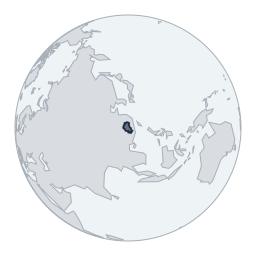 globe centered on Jiangxi, rotated 304°
{"feature_id": "CHN-1817", "entity_name": "Jiangxi", "entity_type": "Province", "adm_level": 1, "iso_a3": "CHN", "parent_name": "China", "parent_adm1": "", "projection": "orthographic", "projection_center": [115.66, 27.278], "detail": "fine", "context": "on_globe", "style": "filled", "palette": "slate", "viewbox_px": 256, "rotation_deg": 304, "n_neighbors": 0, "source": "natural_earth", "source_scale": "10m", "svg_char_len": 13258}
<svg xmlns="http://www.w3.org/2000/svg" viewBox="0 0 256 256"><g transform="rotate(304 128 128)"><circle cx="128" cy="128" r="113" fill="#eef3f6" stroke="#a8b0b8"/><path d="M225.6,177.2L225.4,177.8L225.3,178.0L225.6,177.2ZM198.3,40.0L193.3,36.4L193.2,36.2L191.0,34.7L190.9,35.0L191.4,35.6L183.8,33.5L182.4,37.4L185.7,40.8L182.0,38.6L190.8,47.1L192.5,52.0L188.3,45.1L186.1,43.5L186.0,46.0L183.8,45.0L182.4,45.7L179.7,44.3L177.5,40.8L175.7,39.9L175.8,41.8L173.1,41.8L173.2,39.1L168.6,39.0L164.0,33.8L166.6,28.9L161.8,26.0L158.4,21.4L156.4,21.2L153.8,19.8L150.6,19.0L150.9,18.7L148.1,18.5L148.4,19.0L147.3,19.1L145.4,18.9L145.4,18.2L146.4,18.3L145.4,18.0L146.3,17.9L144.8,17.8L145.1,17.3L142.0,17.4L139.9,16.8L140.8,16.6L144.4,17.0L155.3,18.8L157.1,19.2L166.0,22.0L174.6,25.5L182.9,29.7L190.9,34.5L198.3,40.0ZM140.5,16.1L136.6,15.7L140.5,16.1ZM234.5,96.7L233.6,94.6L234.2,95.0L234.5,96.7ZM233.1,94.0L233.4,94.6L233.1,94.2L233.1,94.0ZM232.9,94.2L233.0,94.1L232.9,94.5L232.9,94.2ZM232.7,94.8L232.8,94.4L232.8,94.5L232.7,94.8ZM232.1,95.0L231.9,94.9L231.9,94.3L232.1,95.0ZM192.0,36.1L191.2,35.2L192.1,35.5L193.1,36.3L192.0,36.1ZM190.0,36.2L189.0,35.3L191.5,36.5L191.3,36.6L190.0,36.2ZM188.6,43.8L188.3,42.4L189.4,44.1L188.6,43.8ZM182.7,46.1L183.5,46.9L182.5,46.9L182.7,46.1ZM142.4,16.3L142.6,16.3L141.5,16.2L141.9,16.2L142.4,16.3ZM143.5,16.5L144.9,16.6L145.5,16.8L144.6,16.6L143.5,16.5ZM177.4,45.0L175.5,45.0L177.0,44.3L177.4,45.0ZM141.5,16.2L146.4,16.9L147.5,17.2L145.0,17.0L141.5,16.2ZM174.1,44.6L169.6,45.1L170.9,46.7L164.4,42.6L170.5,43.4L172.2,42.2L172.5,43.6L174.1,44.6ZM149.3,19.3L148.9,18.7L151.0,19.5L149.3,19.3ZM151.0,19.8L159.1,22.4L158.8,23.3L156.2,22.1L157.2,23.7L153.1,22.7L151.6,21.7L152.6,21.3L150.2,21.3L151.0,19.8ZM161.6,40.4L160.2,40.1L161.2,39.7L161.6,40.4ZM147.0,19.3L148.6,19.6L148.5,20.4L145.2,19.8L146.3,19.7L147.0,19.3ZM159.5,24.6L158.8,25.2L155.3,24.6L154.6,24.8L153.0,22.8L159.5,24.6ZM145.4,19.4L143.5,19.5L141.8,19.0L145.3,19.0L145.4,19.4ZM149.9,20.8L149.7,21.2L148.7,20.8L149.9,20.8ZM134.9,17.4L136.9,17.6L137.0,18.0L134.9,17.4ZM142.9,19.6L143.5,19.8L143.7,20.0L142.2,20.0L142.9,19.6ZM150.6,22.6L149.3,22.3L151.1,23.3L148.5,23.1L147.9,21.9L147.1,22.3L146.3,22.2L146.7,21.4L150.6,22.6ZM141.4,20.7L139.8,19.4L136.0,18.8L135.8,18.4L141.9,19.5L141.4,20.7ZM144.5,21.1L142.5,20.8L143.3,20.4L145.0,20.4L144.5,21.1ZM147.0,23.4L151.1,24.1L151.0,24.3L147.0,23.4ZM140.2,20.6L140.6,20.9L139.8,20.6L140.2,20.6ZM144.7,22.6L146.2,22.7L146.1,23.0L144.7,22.6ZM140.2,21.5L139.7,21.1L140.9,21.0L140.2,21.5ZM142.2,22.1L141.8,22.4L141.6,21.3L142.8,22.1L142.2,22.1ZM144.4,22.8L144.9,23.0L143.8,22.7L144.4,22.8ZM136.1,22.1L135.6,20.7L138.3,20.6L138.3,21.9L136.1,22.1ZM44.1,52.9L42.0,55.8L40.8,57.5L37.7,61.0L31.4,72.4L33.6,70.6L31.5,79.1L32.4,82.7L39.1,75.8L37.7,69.7L41.0,64.7L45.1,66.2L46.9,72.2L48.3,70.5L50.2,63.9L53.7,62.6L51.2,61.4L49.9,63.8L48.3,63.3L49.4,61.1L50.6,60.6L50.9,58.4L45.1,61.6L43.2,64.4L42.2,61.2L38.9,65.7L37.5,66.3L42.5,59.0L44.4,57.3L51.3,48.5L49.2,50.0L42.6,58.5L43.3,57.1L40.5,59.6L43.1,56.6L50.9,47.3L52.0,45.2L49.8,46.9L57.3,40.3L55.9,41.5L58.2,39.8L63.8,35.6L61.9,37.2L63.5,36.1L62.2,37.5L64.8,36.9L64.2,38.2L69.5,35.7L69.9,36.2L66.6,37.5L64.0,39.3L62.8,43.4L63.9,43.5L67.5,41.7L66.7,43.3L70.3,40.9L71.8,42.8L73.1,38.8L77.3,37.0L80.6,37.1L82.2,35.9L76.9,35.8L74.6,36.5L72.2,38.1L66.1,40.0L65.5,39.2L72.8,34.8L72.8,33.4L78.5,31.1L89.4,32.0L91.7,34.0L86.4,40.8L83.3,41.2L83.7,38.8L79.3,42.6L81.6,41.5L81.0,43.0L84.9,42.0L84.6,43.1L88.8,40.6L88.9,41.7L86.3,43.3L92.1,43.4L93.6,45.8L95.0,45.3L96.2,44.2L97.2,48.2L98.2,47.7L98.3,46.2L100.4,44.3L104.5,42.8L104.6,44.2L103.1,45.0L100.3,49.0L96.4,51.1L96.8,51.6L100.3,50.2L103.8,45.2L106.2,43.8L105.0,46.2L105.6,45.2L106.8,45.0L108.2,46.3L109.7,43.8L123.3,41.0L127.3,43.5L124.7,45.7L134.3,46.3L138.0,49.8L138.0,48.3L142.7,48.0L141.6,46.9L141.9,46.2L153.3,45.7L156.1,47.0L161.1,45.8L161.1,45.1L159.3,44.0L164.4,42.6L170.9,46.7L170.5,48.0L174.9,50.0L173.4,52.9L174.1,56.4L169.9,58.8L170.9,61.6L172.5,62.1L175.0,66.6L174.6,74.6L167.9,65.9L167.1,54.8L166.8,58.9L164.8,57.5L163.4,58.7L163.4,61.8L164.7,62.5L153.9,65.9L149.7,74.4L155.1,74.4L157.9,77.3L157.9,88.5L145.8,102.8L149.5,108.2L149.4,111.5L145.5,113.3L145.5,108.4L141.9,106.3L142.6,103.5L136.2,105.1L136.9,101.2L131.6,104.7L133.1,108.0L138.4,107.8L133.6,113.0L138.4,119.1L138.4,125.9L128.4,136.8L119.1,139.4L118.4,141.4L115.0,138.5L110.0,142.0L115.9,154.7L115.6,158.0L107.7,163.2L107.6,160.7L98.6,153.2L96.5,160.8L103.4,168.5L105.7,176.3L100.3,173.2L97.9,166.1L94.8,163.3L95.9,156.6L93.8,145.7L88.4,146.5L89.1,142.4L85.4,132.7L77.7,133.5L65.3,141.1L63.2,151.2L59.1,154.3L55.4,137.2L56.4,126.7L53.3,126.3L50.9,115.4L41.7,109.0L41.9,105.9L39.9,105.8L38.4,101.1L39.3,96.2L37.7,95.0L35.6,108.0L37.5,109.5L41.2,107.1L40.1,111.3L41.8,116.8L34.5,122.7L23.4,121.5L24.9,113.5L29.8,88.0L31.1,86.2L31.2,85.9L31.5,85.4L29.3,88.1L31.0,83.4L25.6,99.8L23.5,106.1L23.2,121.8L22.6,122.5L23.2,126.3L28.5,128.8L28.0,131.3L23.9,140.0L18.9,148.2L21.0,159.7L23.2,168.1L23.2,169.3L20.5,161.5L18.3,153.5L16.7,145.3L15.7,137.1L15.4,128.8L15.6,120.5L16.5,112.2L17.9,104.1L20.0,96.0L22.6,88.2L25.9,80.5L29.6,73.1L33.9,66.0L38.8,59.3L44.1,52.9ZM46.2,83.3L49.0,86.9L52.3,80.4L53.6,81.3L54.3,78.9L52.5,79.9L54.7,73.5L57.6,73.6L59.6,71.2L58.7,69.9L53.1,70.9L49.9,79.8L47.3,81.1L46.2,83.3ZM74.1,29.7L72.2,30.9L70.5,31.6L71.4,30.7L73.8,29.5L74.1,29.7ZM69.9,32.5L76.8,28.9L76.6,29.6L75.5,29.8L74.6,30.6L72.8,31.1L65.7,35.6L63.8,36.6L66.4,33.9L66.6,34.1L68.5,32.8L69.9,32.5ZM95.1,21.3L98.1,20.5L93.6,22.9L91.3,23.4L92.0,22.3L95.2,21.1L95.1,21.3ZM136.2,16.1L137.6,16.2L137.6,16.3L136.3,16.3L136.2,16.1ZM131.5,15.4L136.8,15.8L139.9,16.1L135.8,15.8L134.3,15.9L134.6,16.1L137.6,16.9L143.6,17.9L143.0,18.5L141.0,18.6L139.5,18.5L140.4,18.1L137.7,18.1L137.8,17.5L135.8,17.5L129.8,16.1L131.2,16.0L126.1,15.7L127.6,15.4L130.9,15.6L128.3,15.4L131.9,15.4L130.6,15.4L131.5,15.4ZM114.4,16.2L117.0,15.9L120.1,16.0L119.0,16.7L121.4,16.4L121.6,16.7L119.6,16.9L122.8,16.9L122.4,17.2L125.2,18.2L130.0,18.4L131.1,18.9L129.0,19.0L131.6,19.5L128.5,20.1L129.2,20.5L126.9,21.7L122.5,21.9L123.6,22.4L121.9,23.5L118.2,24.0L119.8,22.9L114.5,24.2L114.6,23.1L114.0,23.3L112.6,22.6L109.8,22.4L110.3,21.8L109.0,22.0L108.1,21.7L106.5,21.7L106.9,20.9L104.9,21.0L106.2,20.5L102.8,20.9L105.5,20.3L104.6,20.0L102.4,20.8L108.6,17.4L109.0,17.0L108.3,17.1L114.4,16.2ZM135.3,22.4L130.0,22.6L127.4,22.1L132.5,20.3L132.3,19.8L135.5,18.9L139.2,19.7L137.9,19.9L137.6,20.2L136.6,19.8L137.1,20.4L135.4,20.7L135.3,21.3L133.6,21.1L135.3,22.4ZM41.7,57.0L41.2,57.9L40.9,58.9L39.1,60.7L41.7,57.0ZM46.9,50.7L46.7,51.0L44.1,53.7L44.6,52.9L46.9,50.7ZM48.9,49.1L46.9,50.9L48.3,49.4L48.9,49.1ZM66.7,37.8L66.9,38.3L66.0,38.8L64.9,39.2L66.7,37.8ZM102.6,28.8L103.9,28.0L104.5,28.1L108.5,27.1L108.8,28.0L106.5,29.0L102.6,28.8ZM37.6,76.1L36.0,76.6L36.5,75.3L36.9,75.4L37.6,76.1ZM36.6,68.1L35.7,70.9L36.1,68.6L36.6,68.1ZM103.6,29.7L105.2,29.1L104.3,30.0L103.6,29.7ZM109.2,28.7L108.6,29.7L109.3,28.1L109.2,28.7ZM73.8,226.5L76.2,227.8L74.9,227.2L73.8,226.5ZM29.4,175.2L32.9,187.3L31.1,185.0L28.5,180.1L25.6,171.9L27.0,172.0L27.0,169.0L29.4,175.2ZM134.4,195.4L137.9,196.0L137.8,196.4L134.4,195.4ZM130.8,193.8L134.7,194.1L130.1,194.7L130.8,193.8ZM136.3,194.2L140.3,193.5L142.1,192.8L141.8,193.7L136.3,194.2ZM128.1,193.6L113.7,192.3L108.0,190.4L109.3,188.9L118.4,190.4L128.1,193.6ZM108.8,188.8L100.3,182.9L89.0,166.6L93.0,167.7L104.9,178.3L104.2,179.7L109.3,184.2L108.8,188.8ZM129.8,182.2L129.0,186.5L121.0,185.5L117.3,184.4L114.8,178.5L116.2,175.8L119.2,176.2L130.9,167.2L134.9,169.9L131.2,173.9L134.6,178.0L129.8,182.2ZM63.5,152.3L65.4,159.2L63.2,159.5L63.5,152.3ZM135.8,160.3L130.9,164.5L135.4,158.8L135.8,160.3ZM138.5,154.7L138.7,157.0L136.9,154.7L138.5,154.7ZM118.1,144.6L115.0,144.8L115.0,143.1L119.0,141.9L118.1,144.6ZM138.4,131.7L138.0,136.6L137.3,138.2L136.0,135.2L138.4,131.7ZM108.2,39.1L102.4,39.2L98.4,40.3L96.4,42.5L96.7,39.7L102.9,37.9L108.2,39.1ZM121.4,40.5L123.1,38.9L124.1,39.8L123.8,40.2L121.4,40.5ZM121.2,39.4L120.2,37.2L122.2,36.4L122.7,38.3L121.2,39.4ZM111.6,32.8L109.9,32.7L110.6,32.0L111.6,32.8ZM198.9,215.2L199.7,214.8L196.4,217.4L192.2,220.5L188.6,222.8L198.9,215.2ZM169.3,229.3L169.5,227.5L173.9,226.4L171.8,228.4L169.3,229.3ZM201.8,212.7L204.8,209.9L206.2,207.6L205.4,209.3L207.3,207.9L200.5,214.1L201.8,212.7ZM153.9,222.7L131.8,227.7L127.0,227.0L128.2,225.0L123.9,218.4L125.5,218.6L124.5,213.9L137.6,210.1L147.0,201.9L154.3,202.3L159.8,195.8L167.2,195.8L164.9,200.8L172.6,203.2L178.0,191.8L182.4,202.5L187.8,205.2L189.0,211.1L178.5,222.7L172.6,225.5L171.6,225.0L169.1,226.3L165.5,226.5L163.6,223.9L161.2,225.1L163.7,222.5L160.1,225.0L158.3,223.2L153.9,222.7ZM207.1,194.6L208.1,194.5L209.6,195.6L208.0,195.9L207.1,194.6ZM222.9,181.0L223.3,181.5L222.3,182.4L222.9,181.0ZM225.3,178.0L224.1,179.2L225.6,177.2L225.3,178.0ZM212.9,186.3L213.3,186.7L212.9,187.2L212.9,186.3ZM212.4,186.2L213.1,184.9L213.0,186.0L212.4,186.2ZM207.6,182.0L208.3,181.2L208.6,181.6L207.6,182.0ZM143.0,196.1L147.9,192.9L150.6,192.6L143.0,196.1ZM206.7,181.0L205.1,181.4L205.3,180.7L206.7,181.0ZM206.9,179.5L206.7,178.7L207.7,180.4L206.9,179.5ZM203.8,178.4L205.7,179.4L203.5,178.6L203.8,178.4ZM202.6,178.9L201.1,178.6L201.2,178.3L202.6,178.9ZM186.1,183.5L191.6,187.9L187.2,188.6L182.3,186.0L178.4,189.6L169.7,190.0L171.7,187.9L170.5,185.0L161.5,184.3L159.6,182.4L162.8,180.9L156.9,179.5L163.4,178.4L166.1,182.4L169.8,178.9L176.2,179.2L182.4,179.8L187.3,182.1L186.1,183.5ZM163.4,187.4L164.6,187.3L163.6,188.6L163.4,187.4ZM198.4,177.0L200.5,178.5L200.2,179.0L199.2,179.0L198.4,177.0ZM188.5,181.3L193.8,177.0L195.1,176.8L191.5,181.3L188.5,181.3ZM192.5,175.0L195.0,175.0L196.3,176.7L195.8,177.3L192.5,175.0ZM150.1,184.0L149.9,185.1L148.2,184.3L150.1,184.0ZM152.3,183.3L157.4,184.4L151.8,184.3L152.3,183.3ZM136.9,179.0L138.4,181.9L143.1,180.2L139.5,182.7L142.7,187.2L141.6,188.8L138.4,183.9L137.3,188.9L135.2,188.7L134.1,184.4L136.2,179.2L138.3,177.1L146.7,176.4L136.9,179.0ZM152.3,180.0L150.9,176.8L151.9,174.6L153.4,176.3L152.3,180.0ZM147.0,168.9L143.4,165.0L140.2,166.4L146.8,161.2L149.1,165.8L147.0,168.9ZM144.0,160.4L141.0,161.6L144.2,158.6L144.0,160.4ZM140.2,160.3L139.9,157.6L142.3,158.0L140.2,160.3ZM145.6,160.6L146.3,156.0L147.4,158.7L145.6,160.6ZM139.1,151.5L144.1,156.1L137.5,154.0L137.4,145.0L140.3,144.9L139.1,151.5ZM156.3,115.4L155.7,112.8L158.3,112.2L158.0,114.1L156.3,115.4ZM166.3,108.8L158.8,111.2L152.7,113.5L154.5,114.7L153.0,119.1L150.4,115.0L154.8,110.2L159.4,109.3L160.2,105.6L163.7,103.2L163.1,98.7L164.7,96.7L166.6,100.6L166.3,108.8ZM162.7,96.8L163.0,88.9L167.8,90.0L168.9,92.0L166.7,95.0L164.2,94.3L162.7,96.8ZM164.5,87.4L162.1,86.7L157.5,75.5L157.8,73.4L163.8,82.1L161.9,81.9L162.2,84.7L164.5,87.4ZM160.5,40.9L160.2,40.1L161.3,40.8L160.5,40.9ZM141.2,45.5L141.9,44.7L143.2,45.3L141.2,45.5ZM144.6,42.8L142.6,42.6L144.7,42.1L144.6,42.8ZM138.2,42.5L141.8,42.3L138.4,43.4L138.2,42.5Z" fill="#d9dde1" stroke="#a8b0b8" stroke-width="1"/><path d="M125.0,131.6L124.9,131.6L125.0,131.5L125.0,131.4L125.0,131.2L124.9,131.2L125.0,130.9L125.1,130.7L125.1,130.4L125.3,130.3L125.4,130.2L125.5,130.1L125.4,130.1L125.2,130.2L124.9,130.2L125.0,130.1L125.1,129.9L125.1,129.7L125.2,129.4L124.9,129.2L124.8,128.9L124.9,128.7L124.8,128.4L124.7,128.4L124.7,128.2L124.8,128.1L124.8,127.9L124.7,127.8L124.4,127.8L124.4,127.5L124.3,127.4L124.4,127.1L124.6,126.9L124.6,126.7L124.8,126.5L125.0,126.5L125.1,126.4L125.2,126.2L125.3,126.1L125.5,125.8L125.4,125.7L125.2,125.5L125.3,125.4L125.4,125.2L125.4,124.9L125.2,124.8L125.1,124.7L125.1,124.3L125.3,124.2L125.5,124.1L125.6,123.9L125.7,124.0L125.8,124.0L125.9,123.9L125.9,124.0L126.3,123.9L126.5,123.9L126.6,123.7L126.8,123.6L127.0,123.5L127.1,123.4L127.3,123.4L127.5,123.4L127.6,123.2L127.7,122.9L127.8,122.9L128.1,122.9L128.1,123.0L128.3,123.2L128.6,123.2L128.8,123.1L129.0,123.1L129.2,122.9L129.4,122.9L129.5,122.9L129.5,122.7L129.8,122.5L130.1,122.7L130.1,122.8L129.9,123.1L129.7,123.2L129.7,123.4L129.8,123.4L129.8,123.5L130.0,123.5L130.2,123.3L130.4,123.2L130.5,123.1L130.4,123.0L130.4,122.9L130.5,122.8L130.7,123.0L130.8,123.0L130.8,122.9L130.9,123.0L130.9,122.9L131.0,123.0L131.1,123.3L131.4,123.4L131.5,123.5L131.8,123.5L132.0,123.5L132.3,123.8L132.2,124.0L132.0,124.3L132.1,124.5L132.4,124.7L132.5,124.7L132.5,124.8L132.7,125.0L132.8,125.2L132.8,125.3L132.8,125.5L132.9,125.8L132.8,126.0L132.7,126.1L132.7,126.3L132.4,126.5L132.2,126.5L131.9,126.7L131.7,126.7L131.7,126.8L131.4,126.8L131.3,126.7L131.2,126.6L130.9,126.8L130.8,127.0L130.7,127.1L130.5,127.4L130.5,127.6L130.5,127.8L130.6,128.0L130.4,128.3L130.2,128.5L129.9,128.5L129.7,128.6L129.6,128.8L129.5,129.0L129.5,129.3L129.6,129.5L129.6,129.8L129.5,129.7L129.3,129.9L129.3,130.0L129.3,130.4L129.2,130.5L128.9,130.7L128.8,130.8L128.9,131.0L128.7,131.1L128.7,131.3L128.6,131.5L128.6,131.8L128.4,132.0L128.4,132.3L128.4,132.5L128.2,132.8L128.2,133.0L128.2,133.3L127.9,133.2L127.7,133.0L127.6,132.9L127.4,132.9L127.4,133.0L127.4,132.9L127.2,133.0L126.9,133.1L126.7,133.1L126.6,133.3L126.5,133.2L126.4,133.2L126.3,133.3L126.2,133.3L125.9,133.3L125.7,133.4L125.5,133.2L125.4,133.1L125.5,133.0L125.6,132.9L125.7,132.7L125.8,132.5L126.0,132.4L126.3,132.3L126.3,132.2L126.3,131.9L126.2,131.8L126.1,131.7L125.9,131.7L125.7,131.8L125.4,131.9L125.2,131.9L125.1,131.7L125.0,131.6Z" fill="#64748b" stroke="#1e293b" stroke-width="1.5"/></g></svg>